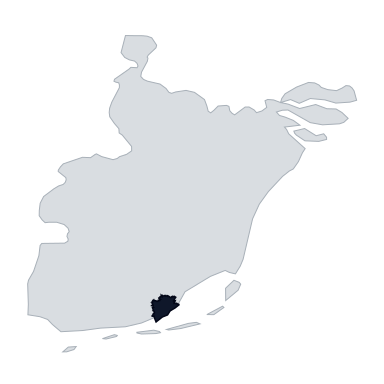 location of Waadhoeke, Friesland, Netherlands, rotated 179°
{"feature_id": "6326949B95625047897274", "entity_name": "Waadhoeke", "entity_type": "district", "adm_level": 2, "iso_a3": "NLD", "parent_name": "Netherlands", "parent_adm1": "Friesland", "projection": "robinson", "projection_center": [5.61, 53.246], "detail": "fine", "context": "in_parent", "style": "filled", "palette": "ink", "viewbox_px": 384, "rotation_deg": 179, "n_neighbors": 0, "source": "geoboundaries", "source_scale": "gbopen_adm2", "svg_char_len": 6102}
<svg xmlns="http://www.w3.org/2000/svg" viewBox="0 0 384 384"><g transform="rotate(179 192 192)"><path d="M255.8,349.6L246.9,349.3L238.6,349.1L234.2,348.6L229.6,346.9L227.4,343.5L224.8,339.4L225.5,336.8L233.3,329.7L234.5,327.7L233.7,326.6L234.4,323.4L240.4,312.7L241.2,308.4L238.5,305.4L234.6,303.6L222.1,300.5L216.2,296.0L213.4,292.1L210.7,291.0L206.6,292.3L196.2,293.7L187.8,291.6L177.9,284.2L175.6,277.6L174.4,272.5L171.9,270.8L168.6,273.4L164.4,277.5L156.0,278.0L153.6,277.0L153.2,274.8L152.8,272.6L150.5,269.9L148.0,268.4L137.4,276.0L133.5,276.0L128.5,273.0L126.1,270.2L120.7,271.8L115.8,275.3L117.4,282.0L114.7,283.2L108.7,282.6L101.9,279.9L94.4,278.2L82.9,273.6L66.8,277.3L55.7,272.9L46.5,272.5L40.7,268.9L34.6,262.9L39.0,259.0L43.3,257.6L60.3,256.9L72.6,259.3L94.6,272.3L100.2,272.2L106.2,270.5L103.2,267.0L97.7,265.3L89.4,261.8L82.9,256.9L98.4,255.3L96.3,252.8L94.3,248.5L78.1,233.4L80.9,229.3L85.1,220.5L90.3,213.3L94.3,211.3L101.1,206.1L115.7,191.0L124.9,178.7L131.9,164.1L142.1,123.8L145.1,117.0L150.0,109.4L156.0,110.9L160.2,113.0L175.1,107.3L200.7,92.4L208.2,79.5L215.6,73.5L244.8,61.9L261.0,58.4L285.9,57.5L303.8,55.4L325.5,54.6L333.7,61.8L338.6,67.1L346.3,70.0L358.2,72.1L357.6,82.5L357.9,103.0L357.0,106.7L351.8,115.4L346.2,131.0L344.8,141.2L343.1,143.2L320.3,143.1L317.0,144.9L316.6,147.1L317.8,149.7L317.2,152.4L315.5,154.5L316.5,157.9L320.4,161.7L327.7,164.1L335.4,164.3L339.4,163.9L342.3,166.7L345.2,170.9L345.0,176.3L344.0,183.4L340.4,190.1L329.9,197.7L325.2,200.4L320.7,201.8L318.6,203.8L317.6,206.4L317.9,208.6L325.4,214.8L325.3,216.2L323.1,219.4L320.2,222.4L300.9,228.6L292.8,228.1L288.3,231.2L286.9,231.8L281.8,229.0L270.4,225.7L266.2,226.8L263.8,228.6L256.7,230.8L251.6,234.2L251.6,238.6L260.7,250.1L263.8,252.3L264.0,256.6L268.4,261.9L272.9,268.6L273.4,272.9L272.9,277.2L270.6,283.3L262.8,297.6L262.7,300.4L263.4,302.5L266.1,303.1L268.1,304.1L267.5,306.1L252.8,316.0L250.9,317.7L244.8,317.2L243.8,318.9L244.7,321.6L247.1,323.9L252.3,325.2L256.9,327.7L260.5,332.6L255.8,349.6ZM101.9,279.9L100.6,284.0L97.2,288.6L85.6,295.1L73.6,299.5L67.4,298.9L63.1,296.7L60.9,294.3L54.5,292.0L45.7,290.8L40.1,293.3L36.2,295.7L32.7,295.3L30.2,293.3L28.2,290.3L25.8,280.8L32.4,279.1L46.6,278.4L57.6,281.8L72.1,283.4L83.2,278.8L91.9,282.7L101.9,279.9ZM78.2,241.2L86.7,247.1L88.4,249.1L89.1,251.1L78.3,253.5L66.9,246.1L59.3,247.9L56.5,244.4L56.5,242.2L64.4,240.4L78.2,241.2ZM160.1,95.2L151.6,103.0L146.4,100.8L144.9,99.0L147.6,93.0L160.2,82.9L160.1,95.2ZM197.9,60.7L189.9,61.6L186.3,60.0L205.6,55.7L217.7,54.4L219.9,55.0L197.9,60.7ZM249.6,52.7L232.7,54.5L227.0,53.1L226.0,51.9L230.6,51.1L245.0,50.9L249.5,52.0L249.6,52.7ZM179.3,69.2L163.4,77.3L162.1,76.0L172.3,69.0L179.3,69.2ZM318.4,39.1L310.5,39.5L312.7,36.6L320.0,34.4L324.0,34.4L318.4,39.1ZM284.1,47.0L272.1,50.7L269.2,49.9L269.9,48.9L280.5,46.5L284.1,47.0Z" fill="#d9dde1" stroke="#a8b0b8" stroke-width="1"/><path d="M223.7,67.6L218.6,69.5L216.0,73.5L210.9,76.4L207.0,79.4L207.4,79.9L207.4,80.0L207.5,80.0L208.0,80.2L209.1,80.7L209.1,80.8L209.2,81.0L209.4,81.0L209.5,80.9L209.5,81.0L210.0,81.1L211.5,81.1L211.9,81.0L211.9,81.3L212.0,81.3L212.0,81.7L211.8,81.8L211.7,81.9L211.6,82.1L211.3,82.7L211.2,82.8L211.4,82.8L211.2,83.3L211.0,83.6L212.5,83.4L212.5,83.5L212.4,83.7L212.3,84.0L212.1,84.1L211.9,84.1L211.8,84.4L211.6,84.4L211.6,84.6L211.5,84.8L211.4,85.3L211.3,85.6L211.2,85.7L211.3,85.7L211.1,85.8L211.1,85.7L211.0,85.9L211.0,86.0L210.8,86.4L210.8,86.5L210.7,86.5L210.4,86.8L210.5,86.9L210.4,86.9L210.6,87.0L210.6,86.9L211.0,87.1L210.9,87.2L210.9,87.3L211.1,87.3L211.3,87.5L211.5,87.5L211.4,87.8L211.2,87.8L211.5,88.0L211.8,87.8L211.9,87.7L212.1,87.5L212.2,87.4L212.3,87.5L212.5,87.6L212.9,87.8L213.1,87.9L213.0,88.0L212.9,88.0L213.0,88.1L213.5,88.0L213.9,87.8L213.7,87.6L213.9,87.4L213.7,87.1L213.8,87.0L214.1,87.0L214.6,86.9L214.9,87.0L215.2,87.0L215.3,86.9L215.5,86.8L216.1,87.2L216.0,87.3L216.2,87.5L216.3,87.6L216.6,87.8L216.9,87.9L216.9,88.0L217.0,88.1L217.2,88.3L217.3,88.3L217.5,88.4L217.6,88.2L217.8,88.3L218.0,88.2L218.0,88.3L218.1,88.5L218.3,88.6L218.2,88.6L218.4,88.8L218.6,88.8L218.8,88.7L218.9,88.8L219.0,88.7L219.2,88.4L219.3,88.3L219.5,88.3L219.8,88.3L220.0,88.3L219.9,88.5L220.2,88.6L220.3,88.7L220.5,88.6L220.6,88.9L220.9,88.8L221.0,89.0L222.4,88.4L222.5,88.4L222.9,88.1L223.0,88.1L223.2,87.9L223.3,87.8L223.4,88.1L223.6,88.3L223.6,88.5L223.5,88.9L223.3,89.1L223.5,88.9L223.5,89.0L223.7,88.9L223.8,89.0L223.7,89.1L224.1,89.2L224.4,89.2L224.6,89.4L224.6,89.1L224.4,88.8L224.5,88.7L224.1,88.4L224.7,88.0L224.8,88.1L225.2,87.9L225.3,87.9L225.5,87.8L225.9,87.5L226.0,87.5L226.0,87.3L225.9,87.1L225.6,86.9L225.9,86.7L226.0,86.7L226.1,86.8L226.2,86.7L226.3,86.7L226.6,86.6L226.8,86.6L226.7,86.4L226.8,86.3L226.7,86.2L226.3,86.1L226.2,86.0L226.3,85.8L226.5,85.7L226.4,85.6L226.5,85.4L226.5,85.2L226.2,84.8L225.9,84.8L226.2,84.6L226.4,84.5L226.6,84.4L226.8,84.3L226.7,84.2L226.8,84.2L226.7,84.1L226.8,83.9L227.0,83.8L227.2,84.0L227.3,84.0L227.6,83.8L227.6,83.7L227.8,83.5L228.0,83.7L228.2,83.4L228.3,83.3L228.5,83.2L228.8,83.2L228.9,83.3L229.1,83.2L229.2,83.3L229.3,83.3L229.6,83.4L229.7,83.5L229.8,83.6L229.8,83.8L230.5,84.0L230.6,83.9L230.8,83.9L231.1,83.8L231.3,84.1L231.5,84.3L232.0,84.4L232.0,84.5L232.1,84.8L232.2,84.7L232.3,84.6L232.4,84.4L232.6,84.3L232.8,84.4L232.9,84.2L233.1,84.1L233.6,83.2L233.7,82.9L233.9,82.7L233.4,82.7L233.5,82.5L233.5,82.4L233.5,82.2L233.4,82.0L233.8,81.3L233.5,80.9L233.4,80.8L233.3,80.6L233.2,80.4L232.9,79.8L233.5,79.8L233.8,79.7L233.7,79.7L233.9,79.5L234.0,79.4L233.9,79.4L232.9,79.3L232.8,78.2L232.8,77.7L233.2,77.6L232.9,77.4L232.5,77.2L233.0,76.9L233.0,77.0L233.5,76.7L233.0,75.9L232.8,75.8L233.0,75.8L233.1,75.7L233.0,75.3L232.5,74.4L233.0,74.0L232.7,73.8L232.3,73.6L232.0,73.3L231.8,73.2L231.7,72.9L231.8,72.7L231.7,72.4L231.8,72.4L231.8,72.2L232.0,71.8L232.2,71.5L232.1,71.3L232.3,71.3L232.4,71.0L232.4,70.9L232.5,70.9L232.6,70.7L233.0,70.7L233.1,70.2L233.3,69.8L233.3,69.7L233.6,69.4L233.8,69.2L234.0,69.0L234.1,68.7L233.3,68.4L233.0,68.3L232.5,68.2L232.3,68.2L231.8,68.4L231.9,67.7L231.5,66.1L230.2,62.7L223.7,67.6Z" fill="#0f172a" stroke="#020617" stroke-width="1.5"/></g></svg>